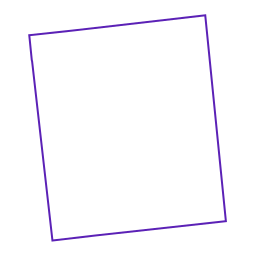 the district of Kiowa, Kansas, United States of America, rotated 84°
{"feature_id": "52423323B18660860300625", "entity_name": "Kiowa", "entity_type": "district", "adm_level": 2, "iso_a3": "USA", "parent_name": "United States of America", "parent_adm1": "Kansas", "projection": "equal_earth", "projection_center": [-99.379, 37.558], "detail": "fine", "context": "isolated", "style": "outline", "palette": "violet", "viewbox_px": 256, "rotation_deg": 84, "n_neighbors": 0, "source": "geoboundaries", "source_scale": "gbopen_adm2", "svg_char_len": 275}
<svg xmlns="http://www.w3.org/2000/svg" viewBox="0 0 256 256"><g transform="rotate(84 128 128)"><path d="M24.0,39.4L25.3,173.1L25.4,216.5L30.1,216.5L50.2,216.6L51.9,216.4L232.0,214.9L231.5,171.8L230.9,40.4L24.0,39.4Z" fill="none" stroke="#5b21b6" stroke-width="2"/></g></svg>